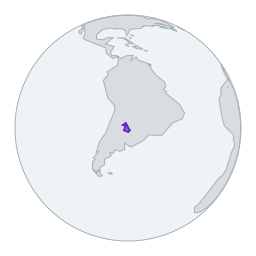 Chaco highlighted on a globe, orthographic projection, rotated 22°
{"feature_id": "ARG-1306", "entity_name": "Chaco", "entity_type": "Province", "adm_level": 1, "iso_a3": "ARG", "parent_name": "Argentina", "parent_adm1": "", "projection": "orthographic", "projection_center": [-59.946, -26.062], "detail": "fine", "context": "on_globe", "style": "filled", "palette": "violet", "viewbox_px": 256, "rotation_deg": 22, "n_neighbors": 0, "source": "natural_earth", "source_scale": "10m", "svg_char_len": 4317}
<svg xmlns="http://www.w3.org/2000/svg" viewBox="0 0 256 256"><g transform="rotate(22 128 128)"><circle cx="128" cy="128" r="113" fill="#eef3f6" stroke="#a8b0b8"/><path d="M95.2,20.2L94.9,20.3L95.2,20.3L103.5,18.8L102.6,19.5L103.9,20.0L106.1,19.2L105.8,18.5L110.3,17.4L109.4,17.1L111.1,16.8L111.7,16.6L115.5,16.1L118.9,15.8L118.6,16.1L120.0,16.2L123.5,15.7L126.0,16.4L132.9,17.4L133.1,17.8L127.9,18.6L119.9,18.8L113.1,21.0L121.4,19.2L121.9,20.8L123.6,21.0L125.8,20.9L127.2,20.2L128.2,20.9L120.3,22.6L119.3,22.0L121.8,21.4L118.1,21.6L112.7,23.4L113.4,24.3L104.7,26.9L105.0,27.7L103.3,28.9L103.3,27.3L103.1,30.4L93.0,35.9L92.4,42.9L88.7,38.3L84.7,38.6L79.8,40.0L79.6,41.1L73.4,42.2L67.2,46.6L64.0,53.3L65.4,57.4L72.4,55.3L74.9,51.9L80.3,49.9L75.5,58.7L84.7,57.6L83.3,64.1L85.9,66.9L90.7,65.1L95.6,66.0L99.5,61.6L105.5,58.9L105.3,64.2L108.9,59.0L112.1,61.3L124.3,60.6L123.3,61.8L133.5,68.3L144.9,71.8L147.5,76.2L146.1,78.8L150.1,79.9L150.2,81.7L166.4,86.6L174.9,92.9L174.7,99.5L167.8,105.9L162.0,122.4L149.8,126.7L147.0,133.9L137.9,144.6L130.5,143.4L133.0,149.2L129.1,152.7L124.3,152.9L123.8,157.1L120.3,157.3L122.9,160.1L117.9,165.9L120.1,170.5L116.6,175.4L118.2,178.2L116.6,178.2L115.2,179.4L115.2,181.0L110.2,178.8L107.9,172.5L109.2,169.2L107.1,168.9L109.6,160.6L107.6,162.4L106.8,150.8L109.1,141.3L109.2,116.4L106.5,111.9L97.8,107.6L87.3,93.0L89.8,86.2L87.7,83.7L94.8,74.0L93.1,66.9L90.7,66.2L88.1,69.4L79.9,66.6L77.3,62.0L54.3,62.2L52.4,60.9L53.2,57.2L49.7,50.5L49.3,58.6L47.1,58.1L46.2,55.9L47.7,54.2L48.5,50.4L47.2,50.6L50.5,46.3L51.7,45.1L58.1,39.7L64.9,34.7L72.1,30.2L79.5,26.3L87.3,23.0L95.2,20.2ZM91.4,45.7L102.0,47.9L95.6,49.3L96.9,48.4L94.3,47.2L89.3,46.7L83.8,48.7L91.4,45.7ZM97.1,40.6L95.2,40.6L97.1,40.3L97.1,40.6ZM109.6,16.9L110.6,16.7L109.9,16.8L109.6,16.9ZM118.9,183.8L110.7,179.7L115.2,181.5L117.7,178.7L122.2,182.1L118.9,183.8ZM126.5,177.0L129.7,175.7L130.7,176.5L128.7,177.6L126.5,177.0ZM215.6,57.2L216.1,57.9L216.9,58.8L221.6,65.3L225.8,72.1L229.5,79.2L232.7,86.5L235.4,94.1L237.5,101.8L239.1,109.6L240.2,117.5L240.6,125.5L240.5,133.5L239.8,141.5L238.6,149.4L236.8,157.2L234.4,164.9L233.6,166.1L230.3,173.6L229.4,173.9L227.1,177.8L224.4,180.3L221.2,181.4L219.3,176.5L221.8,172.5L224.9,162.8L230.4,142.1L233.7,135.4L234.6,128.9L233.0,112.0L233.5,105.5L232.4,101.5L230.5,100.3L228.9,95.6L227.4,94.4L216.5,89.9L211.4,83.2L201.3,66.9L202.1,62.6L199.2,56.7L202.0,45.3L205.9,48.1L211.3,52.2L215.6,57.2ZM201.4,42.6L204.4,46.4L202.3,45.4L198.1,42.4L191.6,36.0L197.1,39.1L194.9,37.4L189.2,33.4L189.8,33.8L201.4,42.6ZM205.0,52.1L205.8,53.6L205.0,52.1ZM124.7,60.5L126.1,61.5L124.1,61.6L124.7,60.5ZM94.5,51.4L96.8,51.1L98.0,51.7L96.2,52.2L94.5,51.4ZM114.7,49.3L117.5,49.6L114.5,50.1L114.7,49.3ZM103.7,48.2L112.5,49.3L106.7,51.2L101.2,50.7L105.1,49.8L103.7,48.2ZM95.6,43.2L97.0,43.3L96.4,44.2L95.6,43.2ZM98.5,40.4L97.9,40.6L97.3,40.0L98.5,40.4ZM122.3,20.7L123.0,20.6L125.2,20.6L124.0,20.9L122.3,20.7ZM136.0,19.6L137.3,20.7L135.5,20.0L134.1,20.4L128.7,19.7L133.0,18.0L132.0,18.8L136.0,19.6ZM122.7,18.8L125.6,19.1L122.2,18.8L122.7,18.8ZM181.7,29.0L181.3,28.8L180.4,28.3L181.7,29.0ZM123.5,15.4L123.8,15.4L120.8,15.6L123.5,15.4ZM120.4,15.6L122.3,15.6L118.6,15.8L120.4,15.6ZM143.3,16.4L143.2,16.4L144.0,16.6L139.1,16.0L135.2,15.6L143.3,16.4Z" fill="#d9dde1" stroke="#a8b0b8" stroke-width="1"/><path d="M130.8,129.6L130.7,129.7L130.6,129.8L130.5,130.0L130.5,129.9L130.4,130.0L130.3,130.3L130.3,130.5L130.2,130.6L129.9,130.8L129.9,131.0L130.0,131.2L130.0,131.3L129.9,131.5L129.9,131.8L128.6,131.8L127.8,131.8L126.6,131.8L124.9,131.8L124.9,131.5L124.9,129.5L124.9,128.4L124.9,128.2L124.9,127.4L124.8,127.2L121.9,127.3L122.4,126.6L123.7,124.8L123.7,124.2L124.1,124.4L124.3,124.4L124.3,124.5L124.5,124.6L124.8,124.7L124.9,124.8L125.0,124.9L125.1,125.0L125.3,125.2L125.5,125.2L125.7,125.3L125.8,125.3L125.9,125.5L126.0,125.6L125.9,125.6L126.0,125.7L126.3,125.9L126.4,126.0L126.5,126.1L126.8,126.2L126.8,126.3L127.0,126.3L127.1,126.5L127.3,126.6L127.3,126.8L127.5,126.9L127.5,127.0L127.8,127.3L128.0,127.4L128.0,127.5L128.3,127.7L128.4,127.9L128.5,127.9L128.5,128.0L128.8,128.2L128.9,128.3L129.0,128.4L129.0,128.5L129.3,128.5L129.5,128.6L129.8,128.7L129.8,128.8L130.0,128.9L130.0,129.0L130.3,129.2L130.4,129.3L130.5,129.3L130.6,129.5L130.8,129.6L130.8,129.6Z" fill="#8b5cf6" stroke="#5b21b6" stroke-width="1.5"/></g></svg>